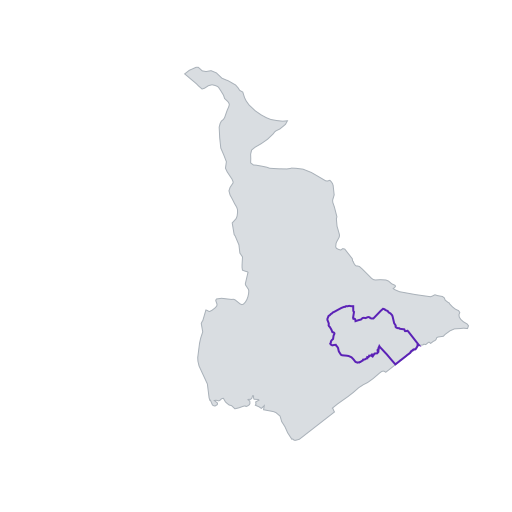 location of Haut-Nyong, Est, Cameroon, rotated 322°
{"feature_id": "32672807B24706785822934", "entity_name": "Haut-Nyong", "entity_type": "district", "adm_level": 2, "iso_a3": "CMR", "parent_name": "Cameroon", "parent_adm1": "Est", "projection": "albers", "projection_center": [13.641, 3.366], "detail": "fine", "context": "in_parent", "style": "outline", "palette": "violet", "viewbox_px": 512, "rotation_deg": 322, "n_neighbors": 0, "source": "geoboundaries", "source_scale": "gbopen_adm2", "svg_char_len": 6162}
<svg xmlns="http://www.w3.org/2000/svg" viewBox="0 0 512 512"><g transform="rotate(322 256 256)"><path d="M130.8,341.4L131.7,338.9L138.9,326.9L143.4,307.6L145.5,303.1L147.6,300.1L157.9,289.9L161.8,286.7L167.3,283.0L171.3,275.5L172.7,274.7L174.4,274.1L183.3,267.7L184.1,269.0L184.7,270.5L185.3,271.2L188.2,271.7L192.1,271.7L194.4,271.2L195.6,270.0L196.8,266.4L197.6,265.8L198.5,265.6L202.8,268.1L209.9,275.1L211.7,276.3L212.5,277.7L214.0,284.0L214.9,285.6L216.4,286.2L219.2,285.8L222.0,284.7L224.6,283.1L227.1,281.0L228.8,279.1L229.5,277.7L229.9,272.5L230.4,271.4L239.7,263.9L239.5,263.2L238.0,261.1L236.6,258.8L238.0,256.4L239.4,254.6L244.8,248.4L245.1,243.8L249.4,236.7L251.9,227.4L252.0,225.6L257.6,215.3L263.4,214.3L265.7,212.9L268.3,210.3L270.0,208.0L270.8,205.7L271.4,201.4L272.4,196.4L273.1,192.0L274.8,188.0L277.8,186.0L282.9,184.3L283.6,183.5L284.4,180.8L285.1,171.9L286.0,168.0L290.7,163.5L292.8,156.6L294.7,149.3L300.1,140.6L306.3,131.8L309.3,129.5L311.7,128.4L314.5,128.3L316.5,127.6L323.2,123.3L326.1,121.8L328.2,120.3L328.7,119.0L328.9,117.1L328.2,112.6L329.4,109.3L330.0,104.1L330.3,100.2L330.1,98.8L328.8,96.5L326.8,94.0L323.4,92.5L318.8,92.1L316.3,91.2L315.4,86.6L315.1,83.7L311.9,68.6L317.8,68.6L324.9,70.4L326.7,71.8L327.6,77.0L330.2,79.9L334.7,82.3L337.5,87.3L338.6,94.9L341.1,99.4L341.7,100.2L345.2,108.7L345.4,112.7L345.1,115.4L346.5,118.7L344.4,124.3L343.7,127.8L343.5,132.7L344.8,141.2L346.9,147.9L349.2,153.2L351.6,157.4L355.7,162.0L360.0,166.2L364.0,168.8L360.3,170.4L353.1,170.6L348.9,169.7L347.0,169.7L345.0,170.3L337.2,171.1L329.5,170.7L322.2,169.7L317.8,169.8L314.5,172.4L311.7,176.2L309.1,179.3L310.0,182.7L312.0,184.5L315.7,188.6L319.1,192.6L320.8,195.3L327.5,201.2L333.9,206.4L337.0,208.2L338.1,208.6L341.6,211.6L346.5,216.5L351.0,224.2L357.2,239.7L358.6,241.0L360.8,241.8L361.0,243.5L360.9,245.9L360.2,247.9L355.2,256.0L350.8,259.1L349.5,261.0L347.9,265.7L343.9,274.9L342.2,276.2L338.2,282.4L335.0,290.3L334.2,291.5L332.9,292.5L328.3,294.5L326.8,295.4L324.4,297.9L324.1,299.5L325.2,301.8L326.5,303.5L328.9,303.6L330.2,305.2L330.2,317.4L329.1,319.3L329.2,320.1L328.6,322.2L328.5,324.5L328.8,325.5L329.7,326.2L331.0,327.9L331.7,331.6L333.3,344.8L334.0,346.9L335.3,348.4L339.4,351.2L343.6,354.9L345.0,357.4L345.8,361.4L347.4,364.5L347.4,365.6L346.7,366.0L344.0,366.2L344.9,368.5L347.1,372.5L358.0,384.7L368.5,395.6L370.9,396.3L372.8,396.6L373.5,397.2L374.5,398.8L378.0,402.7L378.6,405.0L377.9,407.2L378.7,410.6L379.3,411.9L379.1,413.0L379.5,417.1L380.4,420.7L382.0,423.8L381.8,426.0L379.8,427.2L378.6,429.2L378.3,432.0L378.9,435.4L380.5,439.5L380.5,441.8L378.0,443.4L375.2,440.7L372.1,438.8L367.5,435.6L362.8,434.4L356.8,434.2L354.2,434.6L349.7,432.0L348.3,431.6L346.3,432.7L344.9,432.8L343.2,432.4L339.8,432.4L339.4,430.5L338.8,430.2L335.2,430.3L334.0,428.8L333.5,429.0L332.1,428.5L329.1,426.3L325.9,427.7L319.4,427.5L286.7,427.5L285.9,425.4L284.2,424.4L281.3,424.3L272.6,424.7L265.9,424.4L261.5,423.5L255.9,423.0L249.0,423.4L242.0,423.4L229.4,422.8L222.5,422.9L222.6,424.1L222.2,425.0L221.8,427.2L177.3,427.1L173.7,425.6L172.6,424.6L172.3,422.8L171.4,422.5L172.1,414.8L173.7,408.3L174.3,402.3L176.4,397.0L175.3,391.7L174.0,389.4L167.3,381.8L170.4,379.0L166.4,379.4L165.5,376.6L163.6,373.2L164.8,372.7L165.9,370.8L169.6,371.4L169.5,370.5L166.3,367.7L166.7,366.3L168.0,364.7L167.3,364.0L165.0,365.6L163.4,365.6L162.1,364.5L161.2,364.3L161.8,366.5L160.5,368.4L159.3,369.1L157.2,369.0L155.5,368.5L155.1,367.4L153.5,366.6L149.0,365.1L145.3,363.4L144.6,358.8L143.1,356.9L142.5,354.6L142.1,352.1L142.7,348.1L141.7,347.5L140.6,347.3L139.0,347.5L137.5,347.3L135.8,345.1L134.2,344.2L135.1,348.2L134.0,349.3L131.3,349.0L130.2,347.5L130.0,346.4L131.3,341.5L130.8,341.4Z" fill="#d9dde1" stroke="#a8b0b8" stroke-width="1"/><path d="M270.3,356.5L270.5,357.2L270.1,360.3L269.3,363.1L270.1,363.9L270.3,364.8L270.0,365.5L268.1,366.5L265.7,368.8L263.8,369.0L262.5,369.4L261.6,370.4L260.6,370.7L260.4,371.7L261.1,373.4L262.8,374.2L264.2,375.1L264.0,376.0L264.2,377.2L264.0,379.1L262.9,381.3L262.5,382.3L262.5,382.5L262.3,384.4L262.2,385.7L262.2,386.3L262.8,387.3L266.0,390.3L267.4,391.8L268.9,394.6L269.2,397.4L269.2,400.7L270.3,402.5L271.0,402.7L271.8,403.5L272.4,403.4L273.0,403.8L274.3,403.8L275.8,404.1L276.6,403.6L278.0,404.5L279.9,404.7L280.6,405.1L280.9,404.6L281.5,404.1L282.3,404.9L283.4,404.7L283.8,404.2L285.1,405.1L285.6,405.7L286.0,407.0L286.6,406.8L286.0,405.3L286.1,405.1L286.7,404.9L287.5,405.7L288.4,406.3L289.4,405.9L291.6,407.3L292.3,407.1L293.4,406.9L293.8,406.4L293.4,405.6L293.8,405.1L294.5,405.2L294.5,404.7L295.0,404.6L295.6,404.7L296.3,403.6L297.4,403.2L297.7,403.0L297.6,404.1L297.9,407.1L298.3,411.9L298.5,413.8L298.8,421.8L299.1,427.2L299.3,427.2L300.1,427.2L303.4,427.2L304.9,427.2L305.4,427.1L305.9,427.2L307.6,427.2L309.4,427.2L309.6,427.2L310.3,427.2L310.8,427.2L311.7,427.2L313.0,427.2L314.3,427.1L315.7,427.2L315.8,427.2L316.0,427.2L318.1,427.2L318.4,427.1L318.6,426.9L318.9,426.7L319.1,426.7L319.3,426.6L319.8,426.6L320.2,426.5L321.0,426.7L321.6,426.8L321.9,426.7L322.7,426.8L322.7,426.7L323.1,426.8L323.5,427.1L323.7,427.3L323.9,427.5L324.1,427.7L324.3,427.7L324.5,427.6L326.2,427.0L327.3,426.6L327.8,426.4L328.0,426.3L328.3,425.8L328.7,426.1L328.9,426.1L329.1,425.9L329.3,425.9L329.5,426.2L329.5,409.6L329.4,408.2L328.0,407.6L327.2,406.9L327.7,405.1L325.4,402.8L324.5,401.8L324.3,400.9L323.4,400.3L322.5,398.9L322.4,397.7L323.2,396.9L323.3,396.5L323.5,394.0L324.2,392.5L326.2,388.2L326.8,386.6L326.6,384.0L325.8,382.1L325.9,380.4L324.6,378.1L324.6,377.2L323.6,375.8L320.5,376.0L318.5,376.3L313.5,377.0L310.0,377.5L308.5,376.3L307.8,375.3L307.8,374.3L307.0,373.3L306.1,372.9L304.1,372.4L303.5,371.7L302.8,371.0L302.6,370.9L301.7,370.5L299.6,370.7L297.6,369.8L294.3,368.6L294.9,367.6L295.2,366.7L295.0,366.0L294.1,365.5L294.4,364.5L298.8,360.4L298.7,359.7L298.9,359.2L299.1,358.8L301.7,355.4L300.1,354.2L298.8,352.7L297.1,351.9L296.1,351.0L294.8,350.9L294.3,350.4L293.7,350.2L291.3,349.5L286.6,348.7L283.4,348.2L281.9,347.8L280.3,348.0L279.2,347.8L277.7,348.1L276.5,347.9L276.3,347.9L273.7,349.4L272.9,350.3L272.5,351.8L271.8,354.0L270.5,355.4L270.3,356.5Z" fill="none" stroke="#5b21b6" stroke-width="2"/></g></svg>